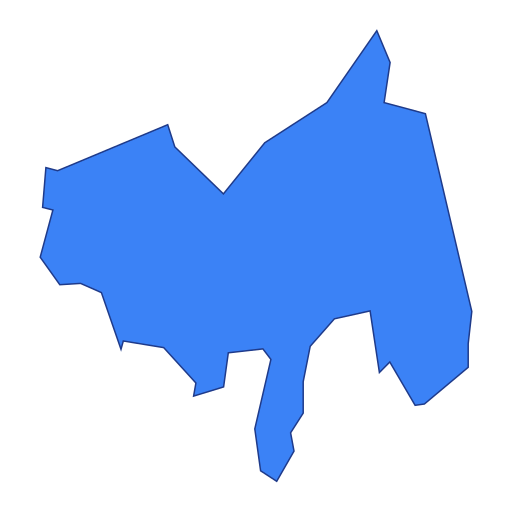 outline of Nyirol, Jonglei, South Sudan
{"feature_id": "79223893B2194918447747", "entity_name": "Nyirol", "entity_type": "district", "adm_level": 2, "iso_a3": "SSD", "parent_name": "South Sudan", "parent_adm1": "Jonglei", "projection": "robinson", "projection_center": [32.071, 8.567], "detail": "fine", "context": "isolated", "style": "filled", "palette": "blue", "viewbox_px": 512, "rotation_deg": 0, "n_neighbors": 0, "source": "geoboundaries", "source_scale": "gbopen_adm2", "svg_char_len": 651}
<svg xmlns="http://www.w3.org/2000/svg" viewBox="0 0 512 512"><path d="M294.0,451.1L290.6,432.8L303.2,413.1L303.2,381.7L310.2,346.3L334.4,318.8L370.1,310.9L379.4,372.5L389.8,362.0L415.1,405.3L424.4,404.0L468.2,367.3L468.2,343.7L471.8,311.5L425.4,113.7L384.1,102.6L390.1,62.5L376.8,30.7L326.9,102.6L264.8,142.7L223.4,193.9L174.8,146.9L167.7,124.7L57.6,170.7L45.9,167.6L42.6,207.4L52.9,210.0L40.2,257.2L59.8,284.7L80.6,283.4L101.4,292.6L121.0,349.3L123.3,341.0L163.7,347.6L195.9,383.0L193.6,396.1L223.6,386.9L228.3,352.8L262.9,348.9L270.9,359.4L254.8,428.9L260.6,470.8L276.7,481.3L294.0,451.1Z" fill="#3b82f6" stroke="#1e3a8a" stroke-width="1.5"/></svg>